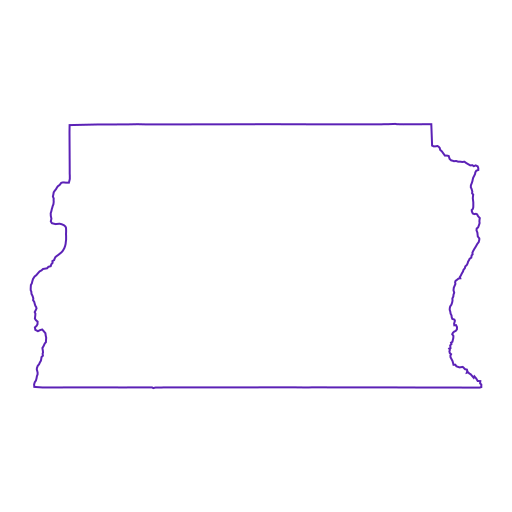 Brasília, Distrito Federal, Brazil (Albers equal-area conic projection)
{"feature_id": "56859067B90477915212525", "entity_name": "Brasília", "entity_type": "district", "adm_level": 2, "iso_a3": "BRA", "parent_name": "Brazil", "parent_adm1": "Distrito Federal", "projection": "albers", "projection_center": [-47.765, -15.776], "detail": "fine", "context": "isolated", "style": "outline", "palette": "violet", "viewbox_px": 512, "rotation_deg": 0, "n_neighbors": 0, "source": "geoboundaries", "source_scale": "gbopen_adm2", "svg_char_len": 4772}
<svg xmlns="http://www.w3.org/2000/svg" viewBox="0 0 512 512"><path d="M480.3,381.1L477.7,381.0L476.2,378.5L474.4,376.4L473.7,377.8L470.7,374.3L469.3,373.5L468.1,372.3L466.8,372.7L467.3,371.0L466.9,369.6L465.0,369.2L463.8,367.9L462.7,366.9L459.6,367.4L457.8,366.8L456.4,366.3L455.3,364.7L453.5,364.8L453.1,363.1L452.5,361.0L450.5,357.2L450.4,355.6L451.1,354.2L449.8,353.1L449.4,351.3L449.9,349.8L449.2,348.6L450.5,348.1L450.2,345.4L451.5,344.0L451.0,342.7L452.4,341.8L452.9,339.6L453.3,338.0L453.4,335.9L452.2,334.2L453.0,332.7L454.3,331.5L455.6,331.0L456.9,329.4L457.0,327.1L456.0,325.1L454.3,325.3L454.1,323.6L454.9,320.8L454.4,319.6L452.3,318.9L451.7,317.2L451.5,315.4L450.6,313.7L450.3,311.7L449.7,309.8L449.8,308.0L450.2,306.4L451.4,304.7L452.1,302.6L452.5,300.7L452.4,298.4L453.3,296.6L453.5,294.7L454.2,292.7L453.5,290.2L453.8,287.7L454.7,285.6L455.4,283.9L455.1,282.2L455.6,280.8L456.9,279.9L458.6,278.5L460.3,278.3L459.9,276.9L460.8,275.6L461.4,274.3L462.2,272.8L463.0,271.5L463.5,269.8L464.8,268.3L465.3,266.4L466.8,265.0L467.6,263.4L468.1,261.6L469.0,260.2L469.6,258.8L471.3,257.6L471.6,255.4L472.6,254.4L472.4,252.8L473.0,251.3L474.4,248.8L475.3,247.4L476.3,245.7L477.3,243.9L478.7,242.1L479.3,239.8L479.3,238.4L477.8,236.5L477.6,234.8L477.4,232.7L476.5,230.3L476.7,228.5L478.1,227.4L478.7,225.8L479.2,224.4L479.6,223.0L479.4,221.6L479.5,219.8L479.8,218.1L478.7,216.9L477.8,215.8L477.2,214.4L475.9,213.8L474.3,214.1L472.8,213.5L471.9,211.6L471.7,210.1L472.7,209.1L473.2,207.7L473.3,206.3L473.3,204.1L473.3,202.3L473.1,200.7L472.8,198.3L473.0,196.0L473.2,194.6L472.1,193.3L472.3,191.5L471.9,190.1L471.5,188.7L470.8,187.3L470.9,185.3L471.8,183.0L472.4,181.2L472.7,179.6L473.2,177.7L474.2,175.8L475.1,173.9L475.3,172.4L476.3,170.7L478.3,170.0L478.3,168.2L477.7,166.4L475.7,165.4L473.8,166.2L472.4,165.2L470.3,165.4L468.4,164.3L466.2,163.0L464.4,161.7L462.4,162.0L460.4,161.7L458.2,161.7L456.2,161.0L453.9,161.2L452.6,160.7L451.2,160.4L449.6,158.9L448.7,156.0L447.0,155.6L444.9,155.6L443.9,154.2L442.8,152.7L441.9,151.4L440.2,149.9L439.7,147.9L438.6,146.7L437.4,146.0L435.8,146.3L433.8,146.4L432.1,145.6L431.3,124.2L403.6,124.3L396.9,124.2L395.4,123.9L388.1,124.2L383.9,124.2L382.0,124.3L378.5,124.3L364.3,124.3L357.5,124.3L352.7,124.3L349.6,124.3L343.6,124.3L341.8,124.3L340.0,124.3L319.0,124.3L306.3,124.3L268.0,124.2L229.7,124.3L173.1,124.4L146.0,124.4L137.6,124.2L127.7,124.4L96.6,124.5L69.6,125.1L69.5,131.9L69.7,168.5L69.7,173.7L69.8,175.6L69.8,177.3L69.8,179.0L68.9,182.7L66.7,182.7L65.3,182.6L63.8,182.4L62.4,182.5L61.2,182.9L59.7,184.9L57.8,186.3L56.9,187.6L56.0,189.2L54.7,190.8L53.7,192.3L53.3,194.7L52.9,196.5L53.7,198.5L53.6,200.0L53.7,201.9L53.4,204.3L52.7,206.0L52.3,207.5L51.8,209.1L51.4,211.0L50.7,213.3L50.8,215.9L51.4,218.7L50.8,221.4L51.9,223.2L53.9,223.7L55.5,224.1L57.6,223.9L59.5,223.7L61.6,224.2L63.9,225.2L65.4,226.5L66.0,227.8L66.1,229.8L66.1,232.0L66.0,234.1L66.1,235.9L66.1,237.6L66.1,239.7L65.8,242.0L65.6,244.0L65.1,246.0L64.3,248.2L62.8,250.8L61.5,252.3L59.9,253.6L58.3,254.9L56.6,256.1L55.4,257.1L54.7,258.5L54.1,260.1L52.4,261.1L52.6,262.8L51.3,264.3L50.7,266.2L48.4,266.8L47.1,268.3L45.3,268.6L43.0,269.0L41.5,270.4L39.6,271.4L37.8,273.4L36.3,275.2L34.6,276.5L33.0,279.0L32.3,281.4L31.8,283.4L30.9,285.0L30.7,288.2L30.7,290.2L31.3,291.6L31.5,293.9L32.4,295.6L32.9,297.0L33.3,298.4L33.1,300.2L34.2,301.8L34.9,304.4L35.4,305.9L36.2,307.1L36.5,308.5L35.7,310.2L34.7,312.1L35.4,313.6L35.3,315.3L35.1,316.9L34.9,318.6L36.0,320.3L37.6,321.6L37.5,324.2L36.6,325.8L34.9,327.4L35.3,329.8L37.9,331.2L40.1,330.1L42.2,329.5L43.8,331.3L45.4,333.2L45.7,335.5L46.2,337.8L46.0,340.2L45.9,342.2L44.8,343.4L44.1,344.9L43.4,346.4L42.4,348.0L42.9,351.0L43.0,352.5L42.6,353.8L42.9,355.7L41.5,357.1L41.3,358.7L40.9,360.7L39.9,362.4L39.0,364.4L37.8,365.7L36.9,368.1L36.8,369.6L37.2,370.9L37.6,372.5L37.6,374.3L36.9,376.2L36.5,378.4L35.9,380.6L34.8,382.1L34.1,384.4L34.3,386.9L43.0,387.5L73.3,387.4L88.4,387.4L94.5,387.4L96.1,387.4L97.6,387.4L104.7,387.4L111.7,387.4L115.7,387.4L122.5,387.5L129.6,387.4L132.1,387.4L133.8,387.4L135.8,387.4L137.9,387.4L140.1,387.4L141.5,387.4L142.9,387.4L145.3,387.4L146.8,387.4L149.0,387.4L152.0,387.4L153.3,388.1L155.5,387.5L157.1,387.5L158.8,387.5L161.8,387.5L163.6,387.4L165.4,387.4L167.3,387.4L169.1,387.4L170.5,387.4L172.7,387.4L175.2,387.4L177.9,387.4L179.9,387.4L181.9,387.4L183.6,387.4L186.2,387.4L190.7,387.4L197.7,387.4L199.4,387.4L203.5,387.4L211.2,387.4L214.1,387.4L234.5,387.4L240.3,387.4L244.7,387.4L248.2,387.4L280.2,387.3L282.8,387.3L291.0,387.3L307.9,387.5L312.9,387.3L333.6,387.4L338.8,387.4L348.2,387.4L367.4,387.4L375.9,387.4L381.5,387.4L388.1,387.4L415.3,387.5L432.1,387.5L477.3,387.6L479.6,387.6L481.3,387.1L481.3,384.5L480.1,383.4L480.3,381.1Z" fill="none" stroke="#5b21b6" stroke-width="2"/></svg>